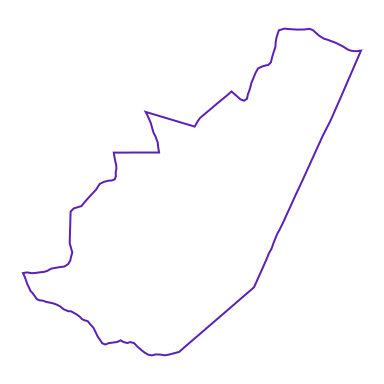 outline of Rondon, Paraná, Brazil
{"feature_id": "56859067B14553570834373", "entity_name": "Rondon", "entity_type": "district", "adm_level": 2, "iso_a3": "BRA", "parent_name": "Brazil", "parent_adm1": "Paraná", "projection": "orthographic", "projection_center": [-52.832, -23.465], "detail": "fine", "context": "isolated", "style": "outline", "palette": "violet", "viewbox_px": 384, "rotation_deg": 0, "n_neighbors": 0, "source": "geoboundaries", "source_scale": "gbopen_adm2", "svg_char_len": 1874}
<svg xmlns="http://www.w3.org/2000/svg" viewBox="0 0 384 384"><path d="M23.0,273.1L25.0,277.4L27.4,284.3L28.9,287.3L30.5,291.0L32.6,293.1L36.9,299.2L39.5,300.3L43.0,300.7L46.2,301.9L52.6,303.2L56.4,304.5L59.9,306.2L63.7,309.3L68.2,311.2L71.1,311.3L76.9,314.6L79.9,316.9L82.0,319.1L84.8,320.4L87.7,321.1L90.1,324.1L93.6,328.0L95.1,331.2L97.7,336.5L102.3,343.3L105.3,344.5L108.8,343.1L117.2,342.0L120.6,340.3L123.4,342.0L127.2,343.0L130.4,342.1L134.1,343.1L137.6,346.8L141.9,350.5L144.8,352.7L148.3,354.7L151.9,355.4L155.6,354.4L160.7,354.6L164.7,355.3L168.9,354.6L179.2,351.9L184.8,346.9L208.1,326.9L254.0,287.3L263.8,265.4L267.5,257.0L268.5,254.1L271.7,248.3L273.4,243.3L277.3,233.7L279.3,230.2L283.4,221.9L286.9,214.1L290.9,205.5L292.9,201.0L294.7,197.0L303.3,178.6L322.5,136.3L330.4,120.8L333.0,115.0L341.6,95.4L361.0,50.6L357.6,51.1L354.0,51.1L350.9,50.7L347.7,49.5L343.9,47.0L337.8,43.8L334.7,42.4L327.7,39.8L323.8,38.6L319.1,35.7L313.0,30.2L309.6,28.8L304.3,29.5L297.5,29.6L287.7,29.0L284.5,28.6L278.9,30.3L277.6,34.1L276.4,37.9L275.7,42.0L275.4,46.9L273.8,51.7L272.3,56.5L270.9,62.3L268.4,64.9L265.1,65.6L262.4,66.4L258.1,68.3L255.4,73.2L253.6,77.6L251.4,82.8L250.2,87.8L249.2,91.0L247.9,94.3L247.0,98.8L244.1,100.7L240.6,99.4L231.5,91.5L226.0,96.3L217.3,103.4L200.0,118.0L197.7,121.3L194.7,126.6L145.6,111.9L147.4,115.3L148.9,118.7L150.9,123.3L152.3,128.6L153.8,133.4L155.5,136.4L157.7,142.5L158.2,147.4L159.1,152.5L113.8,152.6L114.5,157.1L115.3,161.5L116.2,165.1L116.4,168.5L115.7,172.3L115.9,176.2L114.7,179.4L111.5,180.5L108.3,180.7L104.1,181.8L99.7,183.9L96.0,189.7L90.5,195.6L86.2,200.3L81.4,206.1L73.8,208.4L70.6,211.6L69.7,243.1L71.1,248.3L72.3,252.4L71.0,257.0L70.3,260.5L68.3,264.0L64.5,266.5L60.5,267.0L55.1,267.9L51.0,268.7L47.5,270.8L44.0,271.9L39.9,272.3L36.7,272.8L31.9,273.2L27.0,272.4L23.0,273.1Z" fill="none" stroke="#5b21b6" stroke-width="2"/></svg>